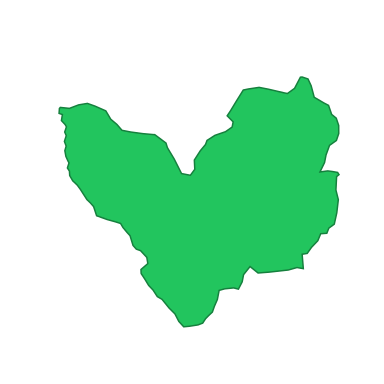 the district of Dora, Limassol, Cyprus, rotated 101°
{"feature_id": "46923920B60204225307219", "entity_name": "Dora", "entity_type": "district", "adm_level": 2, "iso_a3": "CYP", "parent_name": "Cyprus", "parent_adm1": "Limassol", "projection": "mercator", "projection_center": [32.731, 34.777], "detail": "fine", "context": "isolated", "style": "filled", "palette": "green", "viewbox_px": 384, "rotation_deg": 101, "n_neighbors": 0, "source": "geoboundaries", "source_scale": "gbopen_adm2", "svg_char_len": 1821}
<svg xmlns="http://www.w3.org/2000/svg" viewBox="0 0 384 384"><g transform="rotate(101 192 192)"><path d="M80.9,74.5L79.5,79.3L75.7,90.1L65.0,95.3L58.9,99.7L58.1,105.8L58.6,107.5L70.7,111.1L77.1,117.1L77.1,120.4L76.5,136.7L76.5,146.1L80.1,156.3L82.1,161.1L94.1,165.7L104.7,169.6L110.5,172.0L115.3,165.0L120.6,165.0L126.4,170.6L132.0,180.3L138.5,187.1L142.8,187.8L149.9,191.7L160.2,195.8L169.2,193.6L175.9,196.8L175.9,205.8L163.1,215.7L154.2,223.7L153.0,224.7L148.9,226.9L142.8,239.5L143.0,240.8L144.1,251.4L144.8,263.5L144.8,272.5L140.0,278.6L136.1,285.6L128.8,292.1L126.2,303.6L125.0,311.6L128.1,319.9L133.3,328.3L134.1,337.4L135.3,338.1L140.2,337.5L140.7,334.0L146.8,333.8L150.0,329.4L152.0,327.7L157.4,328.4L160.7,326.2L166.7,326.9L170.9,324.3L175.7,324.7L181.1,322.6L185.2,319.7L186.9,318.3L192.2,318.9L194.9,316.3L199.2,315.2L203.8,311.2L207.1,306.0L210.6,302.2L214.9,298.1L219.5,293.7L222.0,289.8L225.1,285.8L233.5,281.1L235.2,270.1L235.9,261.3L236.5,256.1L240.1,252.9L244.1,248.0L246.7,244.5L255.7,239.7L258.7,235.8L259.4,231.3L264.8,223.9L270.7,221.7L277.8,227.3L280.8,226.6L281.8,226.3L286.5,221.7L292.0,216.7L295.7,211.5L301.3,206.1L303.1,200.9L310.4,192.2L314.9,185.5L321.6,180.2L325.9,174.4L324.3,169.0L321.3,160.7L319.3,157.5L318.7,156.5L313.8,154.5L310.3,152.2L306.0,149.1L299.9,148.2L295.4,147.2L292.7,146.6L283.4,146.6L280.8,141.4L278.2,132.8L278.5,127.9L270.6,125.6L263.3,125.6L254.1,120.8L258.9,111.7L256.0,101.2L250.2,82.6L246.1,74.5L246.0,68.1L232.1,72.0L230.3,67.2L223.5,64.1L215.8,59.2L208.4,57.7L206.8,51.8L201.4,50.8L196.4,46.2L184.9,45.9L180.9,46.2L171.6,46.9L162.6,51.1L149.3,53.0L146.9,51.0L145.0,52.8L145.1,58.2L145.4,62.8L147.9,70.2L137.8,67.5L130.1,67.5L120.0,65.9L113.9,60.1L106.6,59.1L98.7,60.7L92.0,64.5L89.2,69.7L80.9,74.5Z" fill="#22c55e" stroke="#15803d" stroke-width="1.5"/></g></svg>